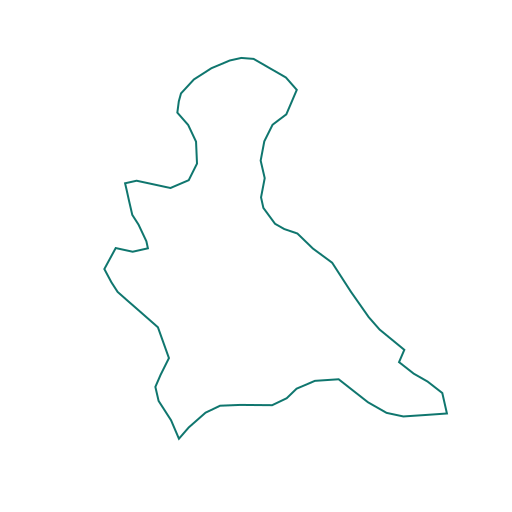 Anak, Hwanghae-namdo, North Korea, rotated 77°
{"feature_id": "82179303B532613620970", "entity_name": "Anak", "entity_type": "district", "adm_level": 2, "iso_a3": "PRK", "parent_name": "North Korea", "parent_adm1": "Hwanghae-namdo", "projection": "equal_earth", "projection_center": [125.436, 38.463], "detail": "fine", "context": "isolated", "style": "outline", "palette": "teal", "viewbox_px": 512, "rotation_deg": 77, "n_neighbors": 0, "source": "geoboundaries", "source_scale": "gbopen_adm2", "svg_char_len": 1102}
<svg xmlns="http://www.w3.org/2000/svg" viewBox="0 0 512 512"><g transform="rotate(77 256 256)"><path d="M103.3,178.9L88.8,186.7L74.3,202.3L63.4,214.0L59.7,225.8L59.6,237.6L63.0,257.2L70.0,276.8L73.0,281.2L80.7,292.5L87.9,296.4L98.6,300.4L113.1,292.6L131.1,288.7L152.7,292.7L167.0,304.5L170.5,324.1L163.1,339.8L155.8,355.4L155.7,367.2L162.9,367.2L173.7,367.3L188.1,367.3L199.0,363.4L217.0,359.5L224.2,359.6L224.1,375.2L216.7,390.9L234.6,406.7L249.1,402.8L259.9,398.9L270.8,391.1L281.7,383.2L303.4,367.6L335.9,363.8L350.2,375.6L360.9,383.5L375.3,383.5L397.0,375.7L416.7,372.2L407.9,360.1L397.3,340.4L393.8,324.7L397.5,305.1L405.0,273.8L401.5,258.1L394.4,246.3L390.9,226.7L394.7,203.2L409.2,191.5L423.7,179.8L438.2,164.1L445.5,148.5L449.3,125.0L452.4,105.4L431.4,105.3L416.9,117.1L406.1,128.8L391.6,140.5L380.8,132.6L355.5,152.1L341.0,159.9L312.1,171.6L290.5,179.4L279.7,183.3L261.5,198.9L243.4,210.6L236.1,222.4L228.9,230.2L210.8,238.0L200.0,237.9L182.1,230.0L164.1,230.0L146.1,222.1L131.8,210.3L128.3,202.5L124.8,194.6L114.0,186.7L103.3,178.9Z" fill="none" stroke="#0f766e" stroke-width="2"/></g></svg>